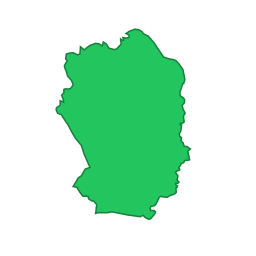 the district of Sanquin Dist #2, Sinoe, Liberia, rotated 339°
{"feature_id": "62588387B29712288551419", "entity_name": "Sanquin Dist #2", "entity_type": "district", "adm_level": 2, "iso_a3": "LBR", "parent_name": "Liberia", "parent_adm1": "Sinoe", "projection": "albers", "projection_center": [-9.171, 5.211], "detail": "fine", "context": "isolated", "style": "filled", "palette": "green", "viewbox_px": 256, "rotation_deg": 339, "n_neighbors": 0, "source": "geoboundaries", "source_scale": "gbopen_adm2", "svg_char_len": 2366}
<svg xmlns="http://www.w3.org/2000/svg" viewBox="0 0 256 256"><g transform="rotate(339 128 128)"><path d="M195.9,106.4L198.4,103.3L199.3,98.5L200.2,93.1L198.6,86.7L197.0,82.4L195.2,80.6L190.5,77.8L186.6,74.4L186.3,72.9L184.6,65.8L183.0,58.3L179.9,49.6L176.2,45.5L175.6,43.0L174.1,41.1L173.5,40.3L169.9,38.2L163.8,38.2L160.0,39.1L162.2,41.6L161.5,43.7L159.1,43.7L155.7,41.7L155.4,44.4L154.3,44.4L153.0,42.3L152.5,43.7L151.8,47.1L145.7,50.1L143.2,49.8L138.9,46.7L137.8,41.7L135.8,38.9L133.3,42.1L131.0,38.9L127.9,37.3L122.3,37.3L119.3,38.0L115.2,39.4L112.7,35.1L111.4,38.0L109.6,41.7L107.0,41.6L103.8,38.1L100.6,37.2L97.0,36.8L94.5,41.1L95.4,43.4L91.1,46.8L90.9,47.4L90.5,48.8L90.7,52.9L90.2,57.9L92.3,63.4L92.3,68.2L89.5,70.0L89.1,70.2L86.8,70.5L83.9,69.1L82.1,68.9L80.7,72.1L77.8,73.6L77.8,77.3L77.1,80.9L74.4,78.2L72.9,82.3L72.8,82.5L69.9,83.1L68.5,83.5L67.4,85.3L67.6,89.1L70.6,91.8L70.7,92.7L71.5,96.4L72.2,99.6L72.7,101.8L73.1,103.2L74.2,112.6L75.3,118.9L78.2,127.5L77.7,136.6L78.3,149.5L78.4,151.1L73.2,151.1L70.5,153.2L67.8,155.7L63.5,156.8L61.4,158.6L55.8,163.0L59.0,165.0L59.9,170.2L61.4,175.5L62.6,175.9L66.2,177.3L65.9,180.1L67.9,182.9L69.9,184.2L71.3,188.3L68.1,194.5L67.1,196.1L69.4,196.2L78.3,199.7L82.9,200.5L96.4,209.0L107.7,215.2L109.0,215.0L110.8,215.0L112.3,218.2L114.4,220.5L116.5,220.9L118.3,219.9L120.4,218.8L123.1,217.0L123.6,216.0L122.8,214.4L119.7,213.3L119.7,211.2L119.9,210.9L121.2,209.4L125.0,210.0L126.7,209.2L129.6,206.6L132.1,203.9L134.0,203.5L137.0,205.4L140.0,206.8L141.9,206.2L145.0,206.2L147.7,206.3L149.9,205.5L150.3,204.3L150.7,203.0L151.6,200.9L152.9,200.8L153.5,199.8L152.3,198.1L152.6,196.8L154.6,197.4L156.2,196.7L155.0,194.0L156.5,192.2L157.6,190.0L156.7,188.0L156.4,186.4L158.7,185.6L160.9,186.0L161.5,184.8L161.2,183.1L163.0,182.0L165.1,180.4L167.5,180.3L169.4,178.7L172.7,179.7L174.2,179.7L174.2,178.2L174.9,175.9L174.7,174.3L175.4,173.2L175.1,171.9L175.5,171.2L178.7,169.9L177.3,167.8L176.4,166.5L173.8,165.1L174.0,164.0L174.1,161.5L173.0,159.4L173.3,157.9L174.5,156.2L173.3,154.3L173.9,151.6L176.1,149.9L177.4,147.6L179.1,144.4L177.9,143.4L178.5,142.5L180.3,143.0L182.5,142.6L182.9,141.2L183.2,140.4L183.6,137.7L183.9,137.3L184.8,136.0L186.6,134.9L186.2,129.4L186.7,126.3L189.6,124.7L190.9,122.3L190.6,119.8L188.2,116.4L189.4,113.1L195.1,106.2L195.9,106.4Z" fill="#22c55e" stroke="#15803d" stroke-width="1.5"/></g></svg>